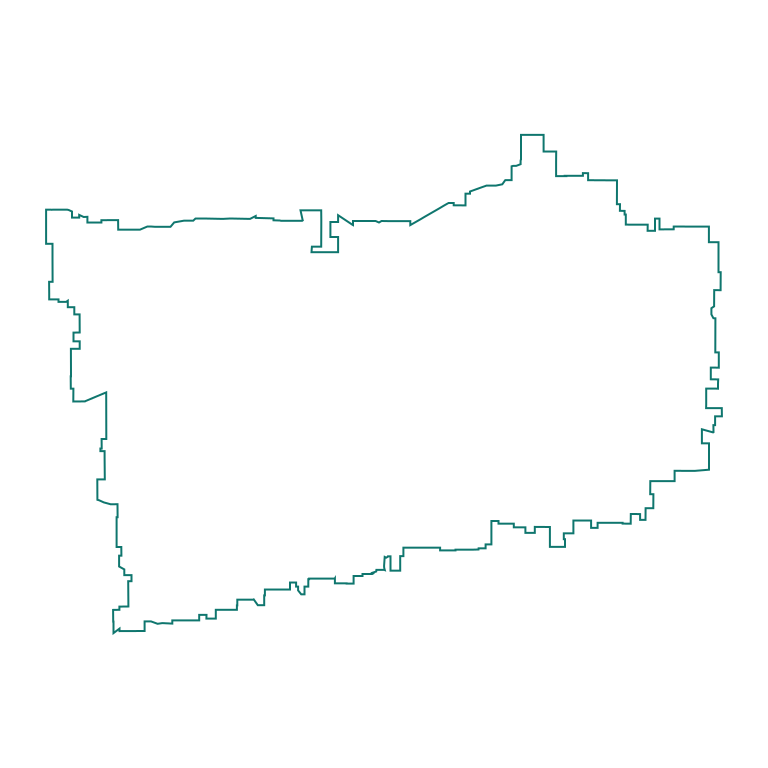 Narrogin, Western Australia, Australia (Albers equal-area conic projection)
{"feature_id": "25037944B27145137337674", "entity_name": "Narrogin", "entity_type": "district", "adm_level": 2, "iso_a3": "AUS", "parent_name": "Australia", "parent_adm1": "Western Australia", "projection": "albers", "projection_center": [117.255, -32.997], "detail": "fine", "context": "isolated", "style": "outline", "palette": "teal", "viewbox_px": 768, "rotation_deg": 0, "n_neighbors": 0, "source": "geoboundaries", "source_scale": "gbopen_adm2", "svg_char_len": 4934}
<svg xmlns="http://www.w3.org/2000/svg" viewBox="0 0 768 768"><path d="M46.1,209.7L46.1,214.8L46.1,233.8L46.1,243.8L52.5,243.8L52.5,253.9L52.5,257.9L52.6,281.8L49.1,281.8L49.2,293.5L49.2,296.5L49.2,299.4L58.5,299.4L58.5,301.9L66.1,301.9L67.8,300.7L67.8,307.2L74.3,307.2L74.3,314.4L79.6,314.4L79.7,332.5L73.5,332.6L73.5,341.3L79.7,341.3L79.7,348.8L70.9,348.8L71.0,376.3L70.7,376.3L70.8,388.7L73.4,388.7L73.3,401.5L85.0,401.4L85.2,401.2L95.9,396.7L106.2,392.4L106.3,439.0L101.6,439.0L101.7,448.5L100.4,448.5L100.4,451.1L104.6,451.1L104.6,458.1L104.8,479.4L97.3,479.4L97.4,499.8L99.2,500.3L103.8,502.4L110.8,504.3L117.5,504.2L117.6,517.2L116.6,517.2L116.6,528.2L116.6,547.0L121.3,547.0L121.4,555.7L119.1,555.7L119.1,566.5L124.3,569.4L124.3,575.1L131.5,575.1L131.5,581.2L128.2,581.2L128.4,606.5L119.4,606.6L119.4,609.8L113.1,609.9L113.2,621.6L113.5,621.6L113.5,633.1L119.5,628.6L119.5,631.1L144.6,631.0L144.6,630.8L144.6,621.4L148.0,621.4L151.0,621.4L157.6,623.8L162.3,623.1L172.3,623.6L172.3,620.4L177.1,620.4L189.2,620.4L191.1,620.4L199.2,620.4L199.2,615.2L199.2,614.9L199.5,614.9L206.5,614.9L206.4,618.6L215.8,618.6L215.8,618.4L215.8,614.1L215.8,613.9L215.8,609.8L236.9,609.8L236.9,605.4L237.3,605.4L237.3,599.7L253.6,599.7L253.8,599.5L257.8,605.2L264.2,605.2L264.2,595.4L264.9,595.4L264.9,589.5L280.7,589.5L290.0,589.5L290.0,582.5L295.0,582.5L296.1,582.5L296.1,586.6L298.1,586.6L298.1,590.4L301.2,594.3L304.5,594.3L304.5,586.6L308.3,586.6L308.3,579.2L309.1,579.2L309.1,578.6L334.7,578.6L334.9,578.3L334.9,583.3L346.6,583.3L346.6,583.6L353.6,583.6L353.6,576.0L362.5,576.0L362.5,574.0L362.9,574.0L369.2,574.0L372.2,574.0L373.1,573.5L372.3,572.8L376.2,571.5L376.4,569.9L383.7,569.9L384.0,569.8L384.8,570.1L384.5,569.0L384.2,567.8L384.1,566.6L384.1,565.6L384.7,556.9L384.9,557.0L386.1,557.7L387.6,556.9L387.9,556.3L390.5,556.3L390.5,570.7L400.2,570.7L400.2,556.1L403.4,556.1L403.4,547.7L426.8,547.7L440.1,547.7L440.1,550.4L455.5,550.4L455.5,549.7L471.4,549.7L478.5,549.5L478.6,548.3L485.6,548.3L485.6,544.4L491.4,544.4L491.4,533.0L491.4,521.0L498.5,521.0L498.5,523.7L513.8,523.7L513.8,527.3L525.4,527.3L525.4,532.9L534.8,532.9L534.8,526.9L549.9,527.0L549.9,544.7L549.9,546.9L565.0,546.9L565.0,546.1L565.0,539.2L563.8,539.2L563.8,533.3L573.4,533.3L573.4,520.5L590.9,520.5L591.1,520.5L591.1,527.9L597.6,527.9L597.6,522.8L622.6,522.8L622.6,523.6L630.7,523.7L630.8,514.0L635.4,514.0L640.1,514.1L640.1,519.9L640.3,519.9L645.5,519.9L645.6,508.2L653.3,508.2L653.4,494.2L650.2,494.2L650.3,481.1L674.6,481.1L674.6,470.8L694.5,470.9L709.0,469.7L709.0,463.5L709.0,443.3L701.9,443.3L701.9,429.3L713.1,432.4L713.5,432.2L713.4,425.1L715.1,425.1L715.1,416.3L721.9,416.3L721.8,409.3L721.8,408.1L706.1,408.1L706.2,404.4L706.2,401.2L706.2,398.0L706.2,391.3L706.2,388.6L715.5,388.6L718.0,388.7L718.0,383.8L718.2,379.4L710.8,379.3L710.8,367.6L714.6,367.6L718.8,367.7L718.8,352.4L715.3,352.4L715.4,318.3L713.4,318.2L712.7,316.9L711.4,314.4L711.4,308.2L713.3,306.9L713.7,306.6L714.1,306.4L714.2,290.1L720.6,290.2L720.7,272.2L718.5,272.2L718.5,258.1L718.5,257.9L718.5,242.2L708.9,242.2L708.9,226.6L690.3,226.6L674.0,226.5L673.9,226.6L673.7,226.6L673.7,229.3L659.5,229.4L659.5,218.6L655.0,218.6L655.0,230.8L647.6,230.8L647.7,224.7L642.3,224.7L633.3,224.7L625.8,224.6L625.8,214.5L624.6,214.5L624.6,210.9L619.9,210.8L620.0,204.2L616.9,204.2L617.0,180.3L605.5,180.3L588.3,180.2L588.1,180.2L588.1,173.2L582.9,173.1L582.9,175.8L578.2,175.8L568.9,175.8L565.4,175.8L565.6,176.1L556.1,176.1L556.1,162.0L556.2,151.5L543.6,151.5L543.6,151.2L543.6,134.9L535.2,134.9L521.0,134.9L521.0,141.5L521.0,144.6L521.0,151.4L521.0,157.4L521.0,159.6L520.8,159.8L520.6,160.8L520.6,164.2L516.1,165.9L513.0,165.9L511.6,166.3L511.6,180.1L505.6,180.1L505.2,180.2L502.3,184.3L495.9,185.6L494.1,185.6L487.5,185.6L486.4,185.6L485.4,186.0L482.2,187.1L470.0,191.5L470.0,193.7L465.5,193.7L465.5,205.4L453.7,205.3L453.7,203.0L448.5,203.0L444.3,205.4L438.9,208.6L424.3,217.0L420.8,219.1L410.3,225.1L410.3,224.9L410.3,221.1L398.9,221.1L387.4,221.1L381.5,221.0L379.0,222.5L375.6,221.0L353.0,221.0L353.0,225.1L352.8,225.0L338.1,215.2L338.1,222.0L330.4,222.0L330.4,237.0L338.1,237.0L338.1,252.2L334.3,252.2L311.5,252.2L311.9,246.7L321.2,246.7L321.3,222.0L321.3,220.4L321.2,210.3L300.5,210.3L302.6,219.9L303.0,221.1L302.7,220.8L294.6,220.8L290.6,220.8L290.2,220.8L289.9,220.8L281.0,220.8L279.8,220.5L279.7,220.5L273.5,220.3L273.5,218.4L255.7,217.9L255.7,216.0L250.8,218.5L250.2,218.8L249.9,218.9L230.3,218.5L226.5,218.7L222.8,218.9L222.7,218.9L213.4,218.7L204.1,218.5L195.6,218.5L195.4,218.6L193.2,220.7L183.8,220.7L174.2,222.4L170.5,226.8L162.7,226.8L154.9,226.8L150.7,226.5L147.4,226.5L139.9,229.7L130.0,229.7L118.4,229.7L118.2,229.7L118.1,220.1L101.4,220.2L101.4,222.5L87.4,222.5L87.4,216.8L83.7,217.0L79.4,215.0L79.2,214.9L79.2,217.6L72.0,217.6L72.0,211.5L70.0,210.6L68.7,210.0L67.4,209.7L65.0,209.7L52.4,209.7L51.6,209.8L51.2,209.7L46.1,209.7Z" fill="none" stroke="#0f766e" stroke-width="2"/></svg>